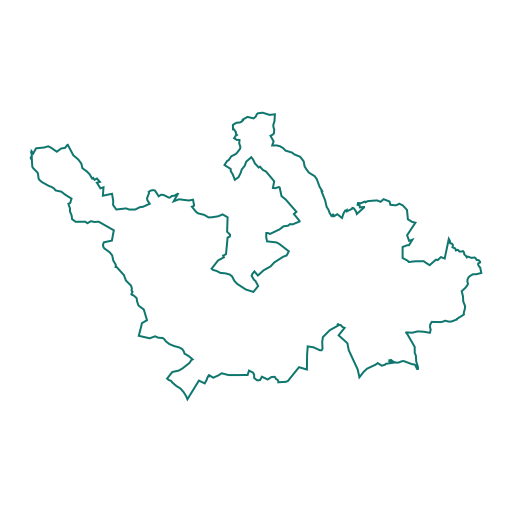 El Roble, Sucre, Colombia (Albers equal-area conic projection)
{"feature_id": "7082276B3034597933819", "entity_name": "El Roble", "entity_type": "district", "adm_level": 2, "iso_a3": "COL", "parent_name": "Colombia", "parent_adm1": "Sucre", "projection": "albers", "projection_center": [-75.136, 9.08], "detail": "fine", "context": "isolated", "style": "outline", "palette": "teal", "viewbox_px": 512, "rotation_deg": 0, "n_neighbors": 0, "source": "geoboundaries", "source_scale": "gbopen_adm2", "svg_char_len": 6068}
<svg xmlns="http://www.w3.org/2000/svg" viewBox="0 0 512 512"><path d="M138.8,335.8L149.7,338.3L155.1,336.3L158.2,337.7L162.7,338.0L164.2,339.1L166.0,341.5L169.6,344.2L174.3,346.1L179.1,347.4L182.2,349.0L183.9,351.6L184.5,353.6L189.0,356.3L192.6,359.4L191.4,360.0L189.4,363.0L182.4,368.5L178.7,370.6L172.3,372.0L167.1,378.6L169.0,380.1L171.1,380.9L172.3,382.5L176.6,386.2L180.2,388.3L183.6,392.1L186.1,396.1L187.4,399.3L198.9,380.6L204.7,383.4L206.8,379.6L207.4,377.5L208.6,375.6L209.0,376.1L209.4,375.3L213.2,377.7L218.4,375.4L221.7,373.3L228.7,375.1L247.6,375.0L249.0,370.6L253.0,372.6L254.1,374.6L254.2,378.0L256.8,380.1L257.9,380.4L260.1,380.0L261.9,376.7L267.7,379.5L271.3,377.1L274.2,376.8L275.0,377.1L276.0,378.9L277.6,379.9L278.3,381.3L278.3,382.3L285.9,381.8L287.9,381.0L299.0,367.2L306.9,369.5L307.1,354.5L307.7,346.4L313.5,347.3L320.0,350.3L321.7,350.2L322.5,348.6L322.2,341.8L322.9,337.1L329.9,330.1L337.9,325.7L337.6,324.4L338.0,324.1L339.0,324.9L340.6,325.0L342.5,327.0L344.6,327.9L338.6,335.3L347.4,343.2L348.7,350.1L357.7,369.5L359.4,377.3L363.8,371.7L367.0,368.7L375.5,364.7L377.7,363.1L381.8,365.7L385.0,364.7L385.9,363.8L392.8,362.8L391.5,361.6L389.8,361.3L390.2,360.9L389.6,360.3L391.0,359.9L392.9,361.5L395.6,362.6L398.4,362.6L402.3,361.1L403.8,361.1L412.1,364.2L414.4,364.5L415.2,365.1L417.1,369.0L417.9,369.0L418.0,367.3L416.2,361.4L415.9,355.8L414.7,352.8L414.7,346.9L407.2,333.9L406.2,332.9L406.3,332.4L412.3,332.7L417.6,331.4L423.4,331.7L429.9,332.8L430.7,329.7L430.0,327.2L430.2,324.5L431.8,321.9L440.4,322.1L442.8,321.7L445.2,320.7L448.6,321.6L451.2,321.6L456.8,319.5L456.8,319.0L463.9,314.5L463.7,313.2L464.9,308.7L465.1,306.2L463.2,301.3L463.0,296.4L461.7,291.2L465.1,288.1L467.2,285.5L468.0,283.7L467.4,281.9L467.5,279.5L468.4,277.5L469.8,276.1L472.9,274.3L476.4,274.2L481.3,273.0L480.2,267.6L478.8,266.1L478.1,264.5L478.2,263.4L480.0,262.5L480.1,261.8L478.7,260.2L476.6,259.9L475.6,258.2L474.5,257.5L471.6,257.9L467.9,256.6L466.8,257.4L466.3,256.3L464.3,254.4L464.0,252.4L462.9,251.1L461.7,251.5L459.3,251.5L458.3,250.2L457.1,249.8L455.9,250.4L455.1,248.4L452.5,247.3L452.9,244.9L451.7,243.5L450.1,243.2L449.9,240.9L448.8,238.9L444.7,258.5L440.9,257.1L437.7,260.1L436.0,259.6L429.6,265.2L423.6,261.2L415.2,261.3L408.7,262.0L407.5,260.6L402.6,258.0L402.6,247.0L407.0,245.3L409.0,245.2L412.4,239.7L409.1,240.8L407.1,235.2L415.4,222.7L411.9,221.8L407.9,219.3L407.0,210.0L402.8,205.4L399.3,203.7L396.8,205.0L395.4,205.3L390.4,204.8L389.5,201.5L383.6,199.2L380.6,201.8L376.9,200.4L369.1,201.0L367.3,201.3L365.6,202.3L364.9,201.6L360.8,203.2L358.0,203.0L357.6,204.9L359.6,205.2L359.9,207.4L364.0,207.0L364.0,207.5L356.8,214.0L356.1,211.6L354.7,209.5L353.6,208.2L352.4,207.9L351.9,208.9L346.9,211.3L346.8,210.0L345.9,210.7L345.3,210.5L343.6,213.2L342.0,218.0L337.3,214.2L333.9,216.3L333.1,216.4L332.8,215.9L333.4,214.9L333.0,214.5L331.4,215.9L329.6,212.9L328.3,209.4L326.7,207.1L325.1,200.2L321.5,191.3L321.5,191.0L322.1,190.9L319.6,186.8L316.8,179.2L314.7,176.2L309.0,172.7L307.1,170.3L304.6,166.4L303.7,161.4L300.2,156.8L294.6,154.5L291.8,152.5L285.5,150.6L283.1,148.1L279.9,146.2L276.4,145.4L272.2,145.5L273.6,141.4L270.5,135.8L272.9,134.5L274.0,133.2L274.2,129.5L273.4,126.9L273.3,124.9L274.5,120.9L274.9,114.3L269.7,114.9L262.6,112.7L257.9,113.3L257.0,114.0L255.7,116.6L253.6,118.4L247.6,116.9L242.7,119.6L242.5,120.0L242.9,120.4L241.3,121.9L239.6,122.5L236.3,122.8L232.9,124.9L233.0,129.3L233.9,129.3L235.9,132.1L235.9,133.5L236.9,134.9L236.1,135.2L234.1,138.2L236.6,139.8L239.5,140.0L239.2,143.4L240.3,146.7L240.3,147.8L239.8,149.2L236.2,153.8L231.3,156.3L228.7,160.1L227.2,160.9L224.5,165.0L230.7,169.0L230.8,171.2L232.8,174.5L234.8,179.8L238.5,177.2L240.6,173.1L241.7,169.6L244.8,165.6L246.2,161.7L251.3,157.2L253.1,159.6L254.9,163.4L258.7,167.5L260.0,166.7L262.8,169.9L266.1,171.6L274.2,181.3L272.9,188.0L275.3,188.2L278.9,187.0L279.7,187.6L281.5,196.1L285.8,199.6L296.4,211.8L293.9,214.0L299.6,221.0L299.6,221.5L292.5,224.4L290.0,224.1L288.1,225.7L283.5,226.3L279.7,229.3L269.9,234.0L268.3,233.1L266.3,233.0L266.2,237.3L267.1,241.4L276.4,242.4L279.4,244.0L288.8,251.3L286.6,255.5L283.2,256.7L274.2,262.5L270.6,266.4L263.6,270.3L257.9,275.5L254.4,271.4L252.4,273.9L251.6,275.8L253.9,279.7L255.4,280.9L258.2,286.0L253.4,291.9L245.8,289.5L237.1,283.8L234.4,280.9L232.0,276.3L229.4,274.4L225.1,273.3L220.4,272.9L216.5,270.9L213.0,269.9L211.6,268.7L218.0,260.5L223.9,257.3L223.1,255.6L226.0,254.2L227.6,237.5L229.8,236.6L230.1,234.7L227.1,231.7L227.6,217.3L222.6,214.4L218.2,216.3L211.7,217.3L208.5,217.4L204.3,214.9L197.9,213.3L196.0,211.8L191.9,206.7L193.7,206.0L194.1,205.3L193.0,199.7L188.9,200.5L179.0,199.3L173.7,201.3L177.9,193.9L177.6,193.8L174.7,195.6L171.7,196.1L169.8,197.6L168.8,197.6L164.1,195.2L161.9,194.7L160.8,194.9L158.7,196.3L155.0,190.6L153.2,190.1L150.6,190.6L148.7,191.9L149.0,193.2L147.0,198.3L147.4,200.3L149.7,203.8L142.7,206.9L140.0,207.1L135.3,209.5L129.1,209.5L126.1,208.4L116.3,209.5L113.1,205.0L113.2,200.6L112.0,193.8L102.9,195.7L103.5,187.3L100.4,188.3L96.9,182.7L99.9,181.9L96.9,178.5L94.5,179.8L93.2,177.9L92.2,178.6L89.4,174.0L86.7,171.3L82.4,168.2L81.5,164.1L80.7,162.7L78.2,159.4L73.3,155.3L67.8,144.8L67.3,145.0L65.0,147.9L61.2,148.5L56.8,151.7L50.9,147.6L48.2,146.3L44.2,147.5L36.1,148.3L33.2,153.5L31.6,151.3L31.5,152.1L31.1,152.2L31.2,152.7L31.7,152.7L31.8,156.8L31.2,156.8L30.7,158.0L30.9,158.6L31.8,158.6L32.3,166.7L33.2,168.2L37.5,172.5L38.0,173.8L38.6,178.7L39.5,180.0L41.8,182.0L48.6,185.8L51.9,187.1L54.3,188.7L55.5,190.4L61.4,191.7L65.2,194.7L71.5,198.6L70.2,203.0L68.4,203.8L70.0,208.5L70.0,211.5L71.6,215.4L72.1,219.2L75.7,221.8L85.2,221.7L87.4,223.2L90.9,221.2L94.4,222.0L98.7,221.7L113.8,230.3L111.9,240.6L103.9,242.3L103.0,244.6L103.2,246.6L104.3,248.4L109.7,252.3L112.2,255.4L113.3,260.6L115.8,264.8L115.6,267.0L116.6,267.0L123.9,275.1L125.9,280.5L131.0,285.6L131.9,288.5L131.5,290.4L132.5,291.9L131.4,294.2L132.2,295.0L133.6,295.4L136.6,298.1L137.1,301.4L138.3,305.0L138.8,305.8L143.8,309.5L147.0,320.2L142.0,323.1L138.8,335.8Z" fill="none" stroke="#0f766e" stroke-width="2"/></svg>